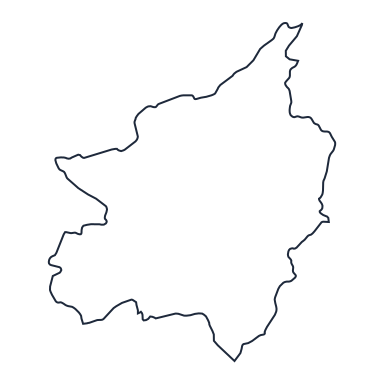 Phitsanulok, orthographic projection
{"feature_id": "THA-396", "entity_name": "Phitsanulok", "entity_type": "Province", "adm_level": 1, "iso_a3": "THA", "parent_name": "Thailand", "parent_adm1": "", "projection": "orthographic", "projection_center": [100.549, 17.027], "detail": "fine", "context": "isolated", "style": "outline", "palette": "slate", "viewbox_px": 384, "rotation_deg": 0, "n_neighbors": 0, "source": "natural_earth", "source_scale": "10m", "svg_char_len": 5329}
<svg xmlns="http://www.w3.org/2000/svg" viewBox="0 0 384 384"><path d="M302.3,23.1L301.9,25.0L296.9,36.2L289.0,45.6L285.8,50.8L285.9,56.3L289.6,59.3L298.1,60.8L297.0,63.6L296.2,65.1L295.7,65.7L295.1,66.3L294.4,66.8L292.3,67.9L291.0,69.0L290.5,69.6L290.2,70.3L289.9,71.5L289.9,75.6L289.7,76.9L289.2,77.9L286.0,81.5L285.5,82.2L285.1,82.9L285.2,84.0L285.7,85.3L287.1,87.2L288.1,88.1L288.9,89.1L289.6,90.9L291.3,101.1L291.3,102.7L290.1,105.9L289.8,108.0L289.6,110.1L289.7,112.2L290.0,113.6L290.7,115.2L292.5,116.7L293.7,117.1L294.7,117.1L295.5,116.8L297.2,116.3L298.1,116.4L299.0,116.6L300.6,117.2L301.5,117.5L302.4,117.6L303.4,117.6L307.4,117.0L308.4,117.0L309.3,117.2L310.1,117.5L310.8,118.0L311.6,119.0L313.9,122.9L315.0,123.7L316.1,124.2L317.0,124.4L317.8,124.7L318.4,125.2L318.9,125.9L320.8,129.6L321.3,130.3L321.9,130.8L322.7,131.2L323.6,131.4L324.6,131.5L326.8,131.5L327.8,131.7L328.6,131.9L329.3,132.4L330.0,133.2L330.5,134.2L331.7,136.7L334.8,141.7L335.1,142.4L335.2,143.6L335.1,145.1L333.8,149.5L333.2,150.7L330.7,153.9L329.9,155.3L329.0,157.9L326.8,171.4L324.6,178.4L323.5,180.8L323.2,182.5L323.0,190.5L322.7,192.9L322.3,194.5L320.6,197.4L320.1,197.9L319.5,198.3L319.0,198.7L319.0,198.9L319.1,199.5L319.6,200.7L321.1,202.7L322.0,204.2L322.5,205.8L322.3,208.2L321.7,209.3L320.9,210.2L320.3,210.6L319.7,211.2L319.8,212.1L320.6,213.2L323.2,215.0L326.1,216.2L327.0,216.5L328.3,217.9L328.8,222.0L323.2,221.7L322.3,221.9L321.5,222.3L314.5,231.3L312.6,233.4L311.1,234.6L308.6,235.4L307.6,236.2L304.6,239.8L302.5,241.5L302.0,241.8L301.6,242.2L296.6,247.6L295.1,248.5L293.9,248.7L293.1,248.4L292.3,248.3L291.3,248.5L290.1,248.9L289.1,249.9L288.4,251.4L287.9,254.4L288.1,255.9L288.5,257.0L290.1,258.7L290.6,259.3L291.0,259.9L291.3,260.7L291.2,262.0L291.3,262.9L291.6,263.7L292.0,264.5L292.4,265.2L292.8,265.9L293.1,266.7L293.2,267.6L292.9,270.5L293.0,271.4L293.3,272.3L293.8,273.0L295.4,274.8L295.8,275.5L295.8,276.3L295.2,277.5L291.4,280.8L289.9,281.4L288.8,281.6L286.7,281.6L284.9,282.0L283.4,282.7L279.9,286.1L279.2,287.3L278.3,288.9L275.1,297.4L274.7,299.3L274.8,300.3L275.3,303.1L276.2,306.6L276.5,308.5L276.5,309.6L276.4,310.6L276.2,311.6L274.9,314.8L267.0,326.9L265.4,330.0L264.6,332.2L264.9,333.0L264.6,333.9L263.8,334.5L260.7,335.1L258.8,336.0L252.1,341.0L248.2,343.1L243.5,344.1L242.7,344.8L242.1,346.1L241.6,348.9L240.4,353.1L234.5,361.0L217.8,345.3L213.9,340.8L213.8,334.4L212.5,331.1L209.8,325.7L209.3,324.3L209.2,323.1L209.2,322.9L208.1,320.3L206.0,316.4L204.0,314.7L202.2,313.6L200.9,313.5L198.7,313.4L194.9,313.9L190.4,315.2L186.3,315.7L185.3,315.7L184.0,315.6L178.4,313.8L176.4,313.6L175.4,313.6L161.1,317.1L155.7,318.4L154.6,317.7L152.4,316.8L150.2,316.5L148.2,318.9L146.0,320.1L143.7,320.4L142.7,319.3L142.5,314.8L142.0,313.2L140.9,311.8L140.1,312.4L137.9,313.4L137.9,310.3L136.5,305.0L136.1,302.2L132.8,300.0L132.0,299.7L131.2,299.7L122.0,302.9L116.3,306.2L113.6,308.1L103.7,318.8L103.2,319.2L102.7,319.5L101.9,319.8L100.9,319.9L97.8,320.0L96.8,320.2L89.3,322.8L88.0,323.0L87.1,323.3L83.1,323.8L81.5,318.6L81.1,315.9L80.3,314.4L78.9,312.5L75.4,309.0L73.5,307.6L72.0,306.8L68.2,306.1L67.2,305.8L65.6,305.1L63.6,303.7L62.2,302.9L61.4,302.5L60.5,302.3L58.6,302.6L57.6,302.5L56.7,302.1L55.8,301.3L52.0,294.8L50.6,291.8L50.0,290.0L50.1,286.5L52.8,276.0L59.7,272.7L60.5,271.7L61.3,270.1L61.1,269.1L60.7,268.2L60.2,267.7L59.5,267.2L51.1,265.1L50.0,264.6L49.0,263.4L48.8,262.0L49.1,260.1L49.5,259.1L50.0,258.2L51.1,257.0L52.5,256.2L54.9,255.2L56.4,252.8L63.7,234.4L65.1,232.1L66.0,232.1L70.6,233.1L71.6,233.1L74.3,232.7L75.2,232.7L75.7,232.8L77.7,233.8L78.7,234.1L79.6,234.3L80.8,234.2L81.3,233.6L81.5,232.8L81.6,230.0L82.1,227.6L82.8,226.5L83.5,225.7L87.1,224.8L91.0,224.2L99.6,224.3L101.5,224.7L102.7,224.7L103.9,224.6L105.9,223.4L106.5,222.4L106.7,221.4L106.4,220.5L106.0,219.9L104.9,218.7L104.8,217.4L105.1,215.6L106.4,212.3L107.0,209.6L106.9,208.7L106.4,207.0L106.0,206.3L105.4,205.8L96.1,198.7L88.1,194.5L78.4,188.2L67.5,178.6L67.0,178.0L66.6,177.3L65.0,173.3L64.1,171.9L62.6,171.0L61.8,170.7L60.2,169.9L59.6,169.5L59.1,168.9L58.6,168.2L56.3,163.4L55.4,160.2L55.5,159.0L56.0,158.2L56.8,157.8L60.8,157.4L63.9,157.5L64.9,157.7L65.8,157.9L66.6,158.3L68.4,158.7L69.4,158.6L70.2,158.5L71.8,157.5L78.2,154.7L80.1,155.1L80.8,156.0L81.6,156.8L83.2,157.8L84.2,157.9L111.7,149.5L115.1,148.9L117.0,148.9L117.7,149.7L118.8,150.4L121.1,151.1L123.3,150.4L124.6,149.8L135.5,141.4L136.0,140.8L137.0,139.5L137.3,138.7L137.6,137.9L137.8,136.8L137.8,136.6L137.8,136.4L134.6,123.4L134.5,122.4L134.6,121.5L135.6,118.9L135.7,118.0L136.7,116.3L138.4,114.0L145.7,107.7L147.5,106.7L148.4,106.4L150.4,106.2L151.3,106.4L153.1,107.0L154.1,107.2L155.7,107.1L156.6,106.2L157.9,104.5L158.9,103.9L179.9,95.9L181.8,95.5L183.8,95.3L191.0,95.3L192.0,95.4L192.7,95.8L193.2,96.4L193.6,97.1L194.3,98.5L194.6,98.9L195.3,99.1L196.4,99.0L200.9,97.7L206.3,96.8L211.5,95.3L213.7,94.4L215.1,93.5L217.6,89.1L218.3,87.5L220.3,85.0L232.6,75.8L233.3,74.7L234.2,73.6L236.5,71.8L246.6,67.1L253.4,60.3L260.2,48.9L264.0,45.6L272.1,39.8L273.6,38.5L274.4,36.9L275.5,33.4L277.1,30.4L279.2,27.3L281.2,25.0L282.5,23.9L283.6,23.3L284.4,23.1L285.4,23.0L286.3,23.1L287.1,23.5L287.5,24.2L288.5,26.7L289.0,27.2L289.8,27.6L290.6,27.9L291.6,28.0L294.9,27.3L298.1,26.2L299.6,25.5L300.8,24.8L301.9,23.7L302.3,23.1L302.3,23.1Z" fill="none" stroke="#1e293b" stroke-width="2"/></svg>